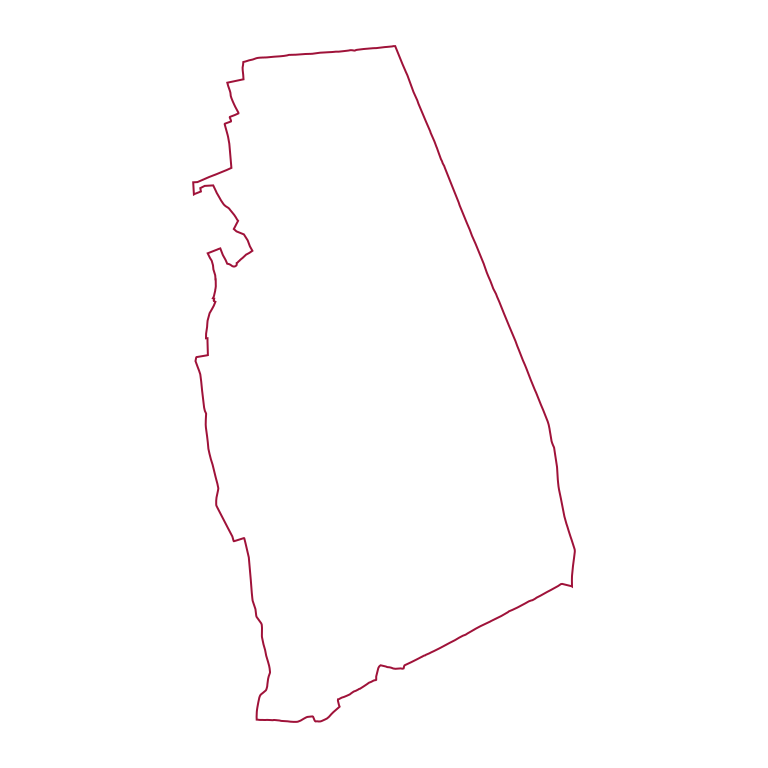 outline of Nong Khaem, Bangkok Metropolis, Thailand
{"feature_id": "78962969B88059812817322", "entity_name": "Nong Khaem", "entity_type": "district", "adm_level": 2, "iso_a3": "THA", "parent_name": "Thailand", "parent_adm1": "Bangkok Metropolis", "projection": "natural_earth1", "projection_center": [100.348, 13.696], "detail": "fine", "context": "isolated", "style": "outline", "palette": "rose", "viewbox_px": 768, "rotation_deg": 0, "n_neighbors": 0, "source": "geoboundaries", "source_scale": "gbopen_adm2", "svg_char_len": 6032}
<svg xmlns="http://www.w3.org/2000/svg" viewBox="0 0 768 768"><path d="M572.0,586.5L571.9,580.2L572.0,576.0L573.0,565.9L574.1,557.5L574.8,551.8L574.8,550.8L574.7,549.6L574.6,549.2L571.7,540.1L570.5,536.6L568.7,531.0L567.4,526.7L566.4,523.7L565.1,519.0L564.4,516.5L560.9,498.6L559.5,491.9L559.0,489.5L558.5,486.4L558.1,482.7L557.8,479.5L557.1,468.0L557.0,466.8L555.0,453.7L554.1,447.7L554.0,447.4L553.0,445.2L552.1,442.9L551.5,440.9L551.3,439.6L550.3,433.6L550.0,431.9L549.5,428.7L548.7,424.8L548.1,422.8L547.7,421.5L547.1,420.0L543.2,410.1L540.9,404.7L536.2,392.9L534.9,390.0L530.8,380.0L526.3,368.3L525.0,365.1L522.9,360.3L518.8,349.8L517.3,346.1L515.4,340.9L509.4,326.7L504.0,313.6L499.2,301.6L497.1,296.8L496.8,296.0L496.0,293.9L493.2,288.5L492.1,285.5L490.3,280.8L488.4,276.5L486.8,272.6L484.1,264.9L483.9,264.2L475.6,243.9L472.0,235.8L469.7,229.6L468.7,227.3L466.9,223.1L462.6,212.6L459.6,205.3L458.7,202.5L452.6,187.3L444.6,167.2L444.3,166.2L442.7,163.3L442.0,161.2L441.0,159.3L438.6,152.7L436.8,147.6L436.5,147.0L434.5,141.6L430.6,132.7L430.2,131.3L425.9,121.4L423.0,114.5L418.4,103.6L417.3,100.4L413.5,92.0L407.4,75.3L405.6,71.4L405.3,70.6L402.6,64.4L395.5,46.9L395.2,46.1L393.3,46.1L392.4,46.4L387.2,46.9L384.7,47.1L376.3,48.1L373.2,48.2L363.8,49.0L357.2,49.8L356.1,50.0L355.1,50.5L354.4,50.6L351.9,50.2L350.2,50.2L348.8,50.5L346.5,50.8L342.1,51.3L338.4,51.7L335.6,51.7L332.5,52.0L320.1,52.7L312.1,53.8L305.4,54.0L295.9,54.7L288.9,54.9L287.1,55.4L284.0,55.9L280.1,56.3L274.2,56.7L266.8,57.4L261.0,57.6L258.6,57.8L257.3,58.0L256.5,58.2L256.1,58.3L253.1,59.4L252.4,59.6L249.2,60.3L245.4,61.5L243.3,62.0L243.1,64.6L242.6,67.6L242.7,70.2L243.2,74.8L243.5,79.3L242.0,79.6L227.3,82.7L228.2,86.0L229.9,90.9L230.4,92.7L230.7,95.4L230.7,95.8L231.5,98.3L232.8,101.5L234.2,104.6L235.4,107.1L236.7,109.5L238.2,112.3L238.4,112.7L238.4,113.4L234.9,115.0L229.9,116.9L229.8,117.1L229.8,117.7L230.3,118.7L231.0,120.6L231.0,121.3L230.9,121.5L224.9,123.7L224.7,124.0L224.7,124.3L227.6,134.9L228.1,137.0L229.3,143.7L229.6,147.0L231.4,167.9L226.5,170.1L222.3,171.8L216.7,174.1L209.4,176.9L197.4,182.1L193.2,182.3L193.9,194.4L194.8,193.9L200.9,191.5L200.3,188.1L204.7,185.9L213.2,185.4L216.3,191.9L216.5,192.5L219.5,197.7L221.0,200.4L222.6,202.8L223.3,203.8L223.8,204.5L224.5,205.2L225.1,205.7L225.5,206.1L228.5,208.0L229.3,208.8L230.2,210.0L234.2,214.9L235.8,217.3L237.2,219.7L238.1,220.8L236.2,224.4L235.1,226.6L233.8,229.0L236.5,231.4L243.9,234.4L247.7,240.4L249.9,246.3L252.4,250.8L249.5,252.8L247.5,253.9L246.1,254.6L245.6,255.1L242.2,258.3L241.8,258.5L240.0,260.1L239.7,260.5L238.6,261.4L237.7,262.4L237.4,262.7L236.7,263.0L236.7,264.7L236.6,265.1L236.3,265.5L235.4,266.2L234.0,266.6L232.4,266.2L230.3,264.7L229.0,264.1L227.2,263.7L225.7,260.2L224.9,258.7L223.6,256.4L222.8,254.9L220.3,248.4L218.5,249.0L216.9,249.7L215.6,250.2L207.7,253.3L210.0,258.0L211.7,260.7L213.0,265.3L213.4,269.4L214.0,271.3L215.2,275.3L215.4,277.7L215.4,279.3L215.7,279.3L215.8,286.4L215.5,288.7L215.3,289.4L215.2,290.7L214.4,294.1L214.0,295.9L213.6,297.0L212.9,298.3L214.2,298.6L213.8,300.5L214.0,300.6L214.0,301.1L215.4,301.8L213.8,305.7L212.2,308.7L209.6,313.2L207.6,320.6L207.4,322.6L207.2,325.3L207.1,326.9L206.1,333.7L206.0,338.3L207.5,338.2L207.5,341.3L207.9,355.1L206.6,355.4L196.5,357.1L196.3,357.4L196.1,357.9L195.5,361.1L197.9,367.6L199.2,371.0L199.7,372.6L200.0,373.4L200.3,374.5L200.6,376.8L201.2,381.5L202.1,390.6L204.1,407.5L204.7,410.2L205.0,411.2L205.4,412.0L205.9,413.1L206.1,413.6L206.1,414.2L205.8,419.8L205.7,424.6L205.9,427.5L207.1,436.4L207.8,442.3L208.4,448.8L209.5,453.8L210.9,459.3L212.6,464.7L215.7,477.4L217.4,483.8L218.3,488.2L218.3,488.6L218.0,490.5L216.5,497.6L216.3,499.7L216.2,500.6L216.2,504.2L216.3,505.3L216.7,506.3L218.7,510.2L227.8,527.8L232.1,536.0L232.3,536.3L233.6,540.9L233.7,541.1L233.8,541.2L234.0,541.2L235.4,540.8L243.9,538.1L244.2,538.2L244.3,538.4L245.5,543.2L248.8,557.4L250.8,580.1L251.8,593.0L252.3,598.0L252.6,600.5L252.8,601.2L255.2,608.4L255.4,609.0L255.5,609.5L256.2,615.4L256.4,616.4L256.6,616.9L261.2,623.3L261.5,624.0L261.7,624.5L261.8,625.2L262.0,628.0L261.9,635.0L261.9,636.2L262.0,637.2L262.3,638.7L263.5,644.4L265.1,650.0L266.2,655.7L268.0,661.7L269.1,665.7L269.6,668.3L270.0,671.9L270.0,672.6L269.7,673.6L268.7,676.4L268.1,678.9L268.0,679.6L267.4,684.2L267.2,686.4L266.6,688.7L266.1,690.0L265.8,690.4L265.6,690.6L263.0,692.8L261.1,694.3L260.6,694.9L260.3,695.2L260.0,695.8L259.5,697.1L259.3,697.7L258.3,702.4L257.4,707.3L257.0,709.9L256.8,711.8L256.7,714.2L256.6,716.9L256.7,719.6L257.0,719.6L259.5,719.9L265.3,720.0L267.2,719.9L273.0,720.2L273.5,720.0L274.6,720.0L279.6,720.5L281.1,720.9L287.5,721.3L290.7,721.7L294.2,721.9L295.9,721.9L297.8,721.7L300.6,720.6L303.6,718.8L305.6,717.7L306.6,717.2L307.6,716.9L312.4,716.4L312.7,716.5L313.1,716.8L314.6,720.4L315.0,721.0L315.5,721.4L316.7,721.3L317.7,721.3L318.6,721.5L320.5,721.4L321.7,721.0L325.0,719.5L327.0,718.5L329.0,716.8L331.3,714.2L333.4,712.1L339.6,706.7L338.9,704.8L337.9,700.6L338.0,699.4L338.4,699.4L341.8,697.6L343.8,697.0L346.5,695.9L349.8,694.4L351.3,693.2L353.8,691.5L355.8,690.8L358.3,689.5L358.8,689.1L359.6,688.8L359.9,688.8L364.1,686.1L367.4,683.9L368.8,682.8L371.3,681.8L373.5,680.6L374.9,680.2L375.9,680.1L376.2,679.8L376.2,676.5L378.3,668.1L379.1,666.6L379.9,665.8L380.6,665.3L381.1,665.4L385.8,666.5L387.3,667.1L389.5,667.3L391.2,667.7L393.3,668.5L395.5,668.8L400.6,668.4L401.6,668.6L402.7,668.7L403.6,668.4L404.1,666.3L404.5,665.4L404.8,665.2L411.4,662.1L416.6,659.5L423.3,656.0L424.3,655.5L425.1,655.4L425.9,654.8L429.4,653.3L431.1,652.4L433.9,651.1L439.5,648.3L450.0,642.7L455.1,640.1L459.1,637.7L462.9,635.7L465.6,634.7L467.6,633.4L475.9,628.6L480.4,626.2L490.5,621.4L491.1,621.0L501.3,616.0L508.2,612.0L508.8,611.4L512.4,609.9L517.5,607.5L522.0,605.1L525.2,603.4L528.9,601.3L531.4,600.4L532.1,600.3L533.2,599.8L535.3,598.6L536.5,597.7L540.6,595.6L547.4,591.8L550.5,590.2L558.3,585.9L559.0,585.4L560.9,584.1L561.7,584.0L562.1,583.9L563.0,584.1L571.5,586.2L572.0,586.5Z" fill="none" stroke="#9f1239" stroke-width="2"/></svg>